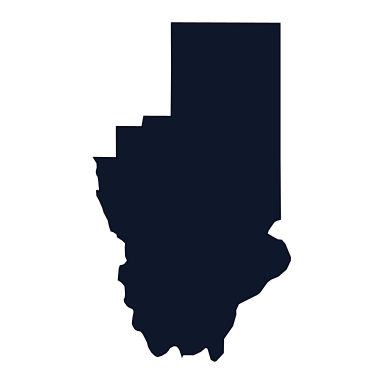 Hancock, Mississippi, United States of America
{"feature_id": "52423323B49198903326940", "entity_name": "Hancock", "entity_type": "district", "adm_level": 2, "iso_a3": "USA", "parent_name": "United States of America", "parent_adm1": "Mississippi", "projection": "equal_earth", "projection_center": [-89.556, 30.411], "detail": "fine", "context": "isolated", "style": "filled", "palette": "ink", "viewbox_px": 384, "rotation_deg": 0, "n_neighbors": 0, "source": "geoboundaries", "source_scale": "gbopen_adm2", "svg_char_len": 1516}
<svg xmlns="http://www.w3.org/2000/svg" viewBox="0 0 384 384"><path d="M93.8,157.6L97.2,162.9L97.5,167.2L96.5,171.7L97.1,174.9L98.0,175.6L98.8,179.2L99.8,189.9L99.0,191.7L98.4,191.6L97.8,190.6L96.8,190.8L97.1,195.6L98.2,197.6L99.5,199.8L102.9,207.5L104.3,212.3L108.5,220.3L109.6,225.8L111.2,230.8L113.6,231.5L116.8,233.7L117.4,234.5L117.6,236.8L122.4,239.8L125.9,243.1L125.5,247.6L125.8,256.1L127.5,260.1L127.7,260.9L124.8,264.4L123.5,265.2L120.4,265.9L120.2,266.3L119.5,268.4L118.5,279.9L121.6,281.8L125.0,285.6L125.4,287.8L125.8,294.5L125.4,298.1L125.1,298.4L124.5,299.5L124.8,301.8L127.4,305.5L129.0,306.8L133.1,308.6L134.2,310.6L134.2,312.8L133.3,317.2L132.6,322.8L132.7,324.1L133.3,325.8L135.0,328.5L136.1,329.5L137.7,330.2L141.1,330.9L143.5,334.0L147.7,342.2L148.5,345.8L149.4,348.0L152.0,352.2L155.4,355.4L157.7,356.4L161.9,354.9L166.0,352.5L168.0,350.1L169.0,348.4L170.1,347.3L173.1,345.7L174.6,345.4L177.4,346.1L178.9,347.9L180.3,350.4L182.1,356.1L183.0,354.4L193.5,354.5L200.5,351.2L205.8,346.8L208.2,348.4L211.4,359.3L214.7,361.0L216.0,360.4L223.1,352.8L223.3,338.7L232.4,325.8L235.6,314.5L235.5,310.0L238.4,303.6L257.4,294.0L259.6,292.2L267.0,281.9L270.8,279.0L278.2,275.9L286.1,269.0L290.1,260.5L290.2,257.3L284.7,244.1L281.4,240.4L277.6,240.0L273.2,237.6L266.8,233.9L268.0,230.2L273.6,222.1L275.7,220.5L280.2,219.1L279.8,157.3L279.8,92.4L279.8,23.5L171.6,23.0L171.8,67.6L171.4,116.6L144.0,116.5L142.2,126.9L116.6,126.7L116.7,157.9L93.8,157.6Z" fill="#0f172a" stroke="#020617" stroke-width="1.5"/></svg>